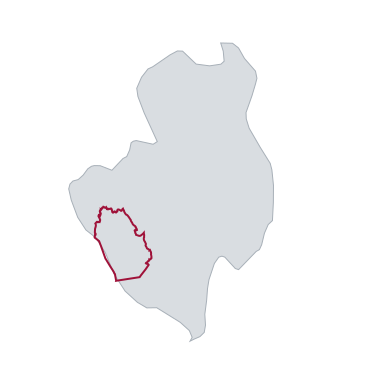 Kayonza, Eastern, Rwanda (highlighted), rotated 152°
{"feature_id": "39286606B59170295238138", "entity_name": "Kayonza", "entity_type": "district", "adm_level": 2, "iso_a3": "RWA", "parent_name": "Rwanda", "parent_adm1": "Eastern", "projection": "equal_earth", "projection_center": [30.553, -1.862], "detail": "fine", "context": "in_parent", "style": "outline", "palette": "rose", "viewbox_px": 384, "rotation_deg": 152, "n_neighbors": 0, "source": "geoboundaries", "source_scale": "gbopen_adm2", "svg_char_len": 5956}
<svg xmlns="http://www.w3.org/2000/svg" viewBox="0 0 384 384"><g transform="rotate(152 192 192)"><path d="M159.5,109.5L163.2,109.4L187.3,101.6L189.7,104.1L193.6,119.1L195.7,121.3L199.0,121.9L205.8,118.4L218.2,106.6L223.6,99.5L230.0,89.4L238.1,78.0L242.6,68.1L247.1,62.3L252.9,60.6L259.3,61.1L263.8,61.2L260.1,63.6L259.4,70.9L263.6,82.5L277.5,106.4L286.3,110.9L292.0,120.2L297.6,135.9L299.3,155.6L297.0,179.2L298.4,196.8L303.5,208.3L304.8,223.3L302.4,241.6L299.4,252.6L296.0,256.3L292.0,257.6L286.7,256.4L280.2,258.0L273.1,261.4L268.7,261.9L265.9,261.2L260.7,258.3L252.5,248.8L237.1,254.0L233.0,253.9L227.3,258.4L222.7,264.0L220.0,264.4L217.1,263.6L203.9,252.4L199.0,252.8L197.1,284.3L194.9,301.7L192.1,309.5L182.7,317.0L173.1,321.3L167.9,321.0L146.9,323.4L138.7,323.4L134.2,320.8L128.3,303.0L117.2,295.1L106.5,291.3L102.2,292.4L98.3,301.7L96.7,310.1L86.4,304.3L83.3,297.3L83.0,285.3L79.2,268.9L81.3,261.9L85.4,257.4L93.9,248.8L107.0,236.8L109.8,231.0L111.6,221.5L110.8,199.4L109.5,180.6L111.1,174.0L117.0,159.5L125.0,144.7L134.4,129.0L140.0,127.5L147.4,121.6L155.2,112.8L159.5,109.5Z" fill="#d9dde1" stroke="#a8b0b8" stroke-width="1"/><path d="M260.8,209.7L261.3,209.6L263.0,208.5L263.5,208.7L263.7,209.0L263.8,209.4L264.2,210.0L264.4,210.3L264.5,210.5L264.8,210.7L265.1,211.0L265.4,211.1L265.8,211.2L265.8,211.3L266.0,211.3L266.1,211.2L266.3,211.0L266.4,210.9L266.6,210.8L266.8,210.4L266.9,210.2L267.1,210.2L267.2,209.9L267.3,209.9L267.5,209.9L267.7,210.0L267.8,209.8L268.0,209.8L268.3,209.7L268.5,209.7L268.7,209.8L268.8,209.7L268.9,209.8L269.2,210.0L269.4,210.5L269.5,210.7L269.5,210.8L269.4,211.0L269.6,211.3L269.8,211.3L270.1,211.3L270.4,211.1L270.8,211.0L271.0,211.0L271.0,210.9L271.3,210.8L271.5,210.9L271.8,211.6L271.6,212.5L271.5,212.8L271.3,213.5L271.1,213.9L271.1,214.0L271.0,214.9L271.2,215.5L271.4,215.6L271.6,215.6L272.0,215.5L272.4,215.5L272.5,215.6L272.6,215.8L273.0,215.9L273.3,216.1L273.5,216.2L273.8,216.2L274.0,216.2L274.1,216.6L274.2,216.8L274.4,216.9L274.6,217.0L274.7,216.4L274.9,216.5L275.1,216.7L275.2,216.8L275.1,217.3L275.1,217.6L275.0,217.9L274.9,217.9L274.9,218.1L274.9,218.3L274.9,218.9L275.2,218.8L276.1,218.8L276.2,219.0L276.3,219.3L276.7,219.7L276.8,220.1L277.0,220.4L277.1,220.5L277.2,220.4L277.4,220.4L277.5,220.4L277.5,220.2L277.7,220.3L277.9,220.3L278.0,220.3L278.0,220.2L278.2,220.3L278.3,220.3L278.3,220.2L278.6,220.1L278.8,219.9L279.0,219.7L279.4,219.6L279.5,219.7L279.8,219.5L280.0,219.6L280.1,219.2L280.4,219.1L280.5,219.2L280.6,219.4L280.7,219.1L280.8,219.0L281.0,218.8L281.3,218.8L281.5,219.0L281.6,218.9L281.7,218.7L281.9,218.7L282.0,218.7L282.4,218.4L282.4,218.2L282.5,217.9L282.4,217.8L282.4,217.6L282.5,217.5L282.5,217.4L282.5,217.1L282.8,217.0L282.9,216.5L282.8,216.4L282.9,216.2L282.9,215.8L282.8,215.7L283.2,215.2L283.3,215.0L283.6,214.7L283.8,214.6L284.4,214.1L284.1,215.4L284.6,215.5L284.6,215.4L285.5,215.0L285.9,214.7L285.9,214.4L286.0,213.6L286.0,213.3L286.0,213.0L286.0,212.7L286.0,211.9L286.0,211.5L286.3,210.6L286.2,210.5L286.2,210.4L287.1,209.3L287.7,208.8L287.8,208.9L287.9,209.3L288.2,209.2L288.5,209.2L288.8,209.3L289.0,209.6L289.3,209.7L289.4,209.8L289.5,209.8L289.5,210.0L289.9,210.2L290.0,210.3L292.1,209.6L292.2,208.6L292.4,208.0L292.7,207.4L293.0,207.0L293.6,206.3L294.8,205.1L295.5,204.0L296.7,202.0L296.8,201.6L297.0,201.2L297.0,200.9L296.8,200.7L296.7,200.6L296.8,200.1L297.1,199.7L297.3,199.4L297.6,199.3L297.9,199.5L298.1,199.2L298.2,198.9L298.8,198.5L298.9,198.1L299.1,198.0L299.2,197.8L299.2,197.7L299.3,197.4L297.6,193.5L297.4,192.7L297.1,192.3L297.8,186.4L297.9,186.0L297.9,185.9L299.7,173.7L299.6,173.4L299.1,164.4L298.7,159.7L298.6,157.9L298.7,157.7L298.7,157.2L298.7,156.3L298.6,156.1L298.6,155.5L299.2,153.8L300.5,149.7L300.5,149.3L300.6,149.2L278.2,141.4L277.8,141.7L277.5,141.8L277.2,141.9L276.5,142.3L269.3,145.5L264.5,148.0L264.6,148.7L264.7,149.0L264.9,149.6L265.1,149.8L265.5,149.8L265.8,150.0L266.0,150.3L266.0,150.5L266.1,150.8L265.9,150.9L265.7,151.0L264.4,151.0L264.2,151.2L263.8,151.3L263.6,151.5L263.4,151.4L262.9,151.5L262.3,151.5L262.2,151.6L261.9,151.8L261.7,152.1L261.6,152.4L261.4,152.6L261.3,152.4L261.1,152.3L260.5,152.1L260.3,152.1L259.5,152.4L259.1,152.5L258.9,152.6L258.8,152.9L258.8,153.0L258.6,153.1L258.2,153.9L258.1,154.1L258.0,154.4L257.4,156.4L257.2,156.6L256.9,157.0L256.7,157.7L256.5,158.0L256.5,158.5L256.4,159.0L256.5,159.8L256.5,160.0L256.4,160.5L256.5,160.5L256.4,160.6L256.5,160.9L257.0,161.2L257.1,161.3L257.2,161.5L257.4,161.8L257.5,162.3L257.6,162.5L258.0,162.9L258.1,163.0L258.2,163.3L258.2,163.6L258.2,163.8L258.1,164.2L258.1,164.5L258.1,165.2L258.1,165.3L258.2,165.8L258.1,166.6L257.9,166.9L257.8,167.0L257.7,167.0L257.2,167.6L257.1,167.8L257.0,168.1L257.0,168.7L257.0,169.2L257.0,169.5L256.9,169.8L257.0,170.7L257.0,171.3L257.0,171.6L256.9,172.3L256.8,172.7L256.7,173.0L256.1,174.1L255.8,174.3L255.6,174.4L255.5,174.6L255.2,175.2L254.7,176.0L254.5,176.3L254.3,176.9L253.9,178.2L253.7,178.6L255.0,178.1L256.0,177.9L256.8,177.8L257.2,177.7L257.8,177.6L258.5,177.7L259.1,178.0L259.6,178.4L260.9,179.8L261.3,180.3L261.5,180.5L261.4,180.7L261.3,180.9L261.2,181.9L261.2,182.1L261.3,182.2L261.3,182.5L261.2,182.7L261.1,183.1L260.9,183.7L260.9,183.9L260.8,184.4L260.8,184.6L260.8,184.8L260.5,185.1L260.4,185.1L259.9,185.0L259.5,184.9L259.0,184.6L258.9,184.4L258.6,184.6L258.4,184.5L258.3,184.8L258.2,185.0L258.2,185.3L258.2,185.5L258.2,186.0L258.3,186.1L258.2,186.7L258.3,186.8L258.4,187.1L258.2,187.4L258.1,187.6L258.1,188.0L258.2,188.4L258.3,188.7L258.6,189.2L258.6,189.3L259.0,190.0L259.3,190.9L259.4,191.8L259.4,192.1L259.3,192.6L259.3,193.4L259.4,193.6L259.4,194.0L259.4,194.4L259.5,195.2L259.4,195.7L259.2,196.1L259.2,196.3L259.3,196.7L259.3,197.0L259.4,197.5L259.4,197.8L259.5,198.3L259.5,198.7L259.5,198.9L259.5,199.4L259.7,200.0L259.7,200.3L259.8,201.0L259.9,201.5L260.1,201.8L260.2,202.3L260.9,203.2L261.1,205.0L261.1,206.4L260.9,207.1L260.8,207.7L260.9,209.0L260.8,209.7Z" fill="none" stroke="#9f1239" stroke-width="2"/></g></svg>